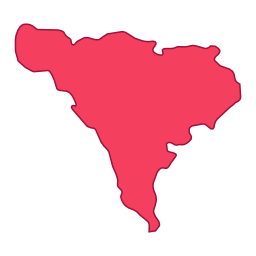 Alba, Robinson projection
{"feature_id": "ROU-294", "entity_name": "Alba", "entity_type": "County", "adm_level": 1, "iso_a3": "ROU", "parent_name": "Romania", "parent_adm1": "", "projection": "robinson", "projection_center": [23.52, 46.007], "detail": "fine", "context": "isolated", "style": "filled", "palette": "rose", "viewbox_px": 256, "rotation_deg": 0, "n_neighbors": 0, "source": "natural_earth", "source_scale": "10m", "svg_char_len": 2744}
<svg xmlns="http://www.w3.org/2000/svg" viewBox="0 0 256 256"><path d="M34.0,71.7L32.7,71.4L25.4,67.4L18.2,61.0L15.5,51.1L15.4,39.8L16.1,35.4L17.7,30.7L19.7,27.3L21.6,25.4L23.3,24.5L25.3,24.2L27.1,24.2L29.0,24.5L30.4,24.9L32.7,26.1L37.2,29.5L58.2,30.0L61.6,30.9L63.6,32.0L65.0,34.5L65.8,35.7L67.1,36.8L69.0,38.0L70.2,39.0L70.9,40.0L71.2,42.2L71.4,43.4L72.5,44.7L73.5,44.9L74.7,44.3L76.3,42.3L77.4,41.3L83.5,38.1L85.0,37.7L87.7,37.6L94.5,39.5L97.0,39.8L99.0,39.6L100.4,38.8L101.8,37.6L107.2,34.0L122.2,31.6L124.7,32.1L126.8,33.1L135.1,38.4L142.5,40.9L145.7,41.5L148.5,41.6L153.3,41.2L155.0,41.7L155.9,42.7L155.9,44.2L154.8,46.1L153.6,47.6L152.8,49.1L153.0,50.7L154.1,52.5L157.2,54.3L159.6,55.0L161.8,55.1L162.7,54.5L163.0,53.5L162.8,52.2L162.4,51.0L162.5,49.8L163.4,49.0L165.0,48.6L172.0,48.5L173.7,48.2L176.6,47.1L178.1,46.7L184.8,46.9L187.1,46.6L192.5,45.5L195.5,45.8L204.8,48.4L206.7,48.4L209.2,47.3L210.4,46.0L215.0,46.2L217.2,47.6L219.0,49.2L219.6,50.1L219.8,51.4L219.2,53.0L218.1,54.5L216.3,56.0L215.1,57.3L214.3,59.5L215.0,60.9L219.6,65.3L221.1,66.2L229.4,69.1L232.5,71.3L234.0,74.1L235.2,80.0L236.3,81.6L237.4,82.6L239.8,84.1L240.6,96.3L240.5,98.2L239.8,99.7L238.2,101.2L235.3,102.7L233.0,104.9L229.7,107.4L217.3,119.0L215.6,121.3L214.6,124.0L213.9,127.4L213.3,128.5L212.1,129.0L210.8,128.7L209.5,127.8L206.8,125.5L205.5,124.5L204.1,124.0L202.4,124.0L192.1,125.9L190.3,127.1L189.2,128.8L189.1,131.8L189.8,133.7L190.9,135.4L191.4,137.1L191.0,139.3L188.8,141.7L186.7,143.2L184.5,144.4L182.7,144.7L181.3,144.7L180.1,144.5L179.1,144.6L176.7,145.1L175.2,144.9L174.0,144.3L172.7,143.5L171.2,142.8L169.8,142.5L168.4,142.6L167.2,143.1L166.5,144.1L167.2,150.2L168.1,151.4L169.6,152.0L173.4,152.9L175.2,153.7L176.2,154.7L175.9,156.2L170.8,163.1L168.8,166.4L167.8,167.5L166.8,168.2L165.4,168.3L163.1,167.9L162.0,167.9L161.0,168.3L159.8,169.0L158.6,170.3L157.7,171.5L156.7,173.4L153.3,182.9L152.9,186.2L153.9,190.9L155.1,193.6L156.0,196.7L156.3,200.2L155.1,205.7L154.0,208.9L153.5,211.9L155.0,215.9L158.7,221.4L159.4,223.9L159.5,225.6L155.4,230.9L149.1,231.8L149.3,225.6L149.1,224.2L148.5,222.4L147.6,221.3L140.1,215.1L136.9,211.8L134.3,210.2L128.5,207.8L125.0,205.3L123.2,203.0L121.6,199.8L121.0,197.9L120.8,196.3L121.3,194.9L121.8,193.5L122.2,192.2L121.7,190.5L118.5,187.3L117.7,185.9L117.5,184.3L117.9,180.9L117.3,178.1L116.1,174.1L112.7,166.4L109.0,152.2L107.7,150.0L103.8,145.8L101.3,142.4L95.5,129.4L93.8,128.2L90.9,127.8L87.3,126.4L73.0,109.9L71.9,108.3L71.5,107.1L71.8,106.2L72.4,105.7L73.3,105.5L74.4,105.7L75.5,106.1L76.1,105.4L76.0,103.6L73.6,98.1L71.8,95.2L69.9,92.9L68.2,91.9L66.5,91.2L59.7,90.3L57.9,89.7L56.9,88.7L54.4,80.4L52.1,75.2L50.5,72.5L49.1,70.9L47.7,70.5L34.0,71.7Z" fill="#f43f5e" stroke="#9f1239" stroke-width="1.5"/></svg>